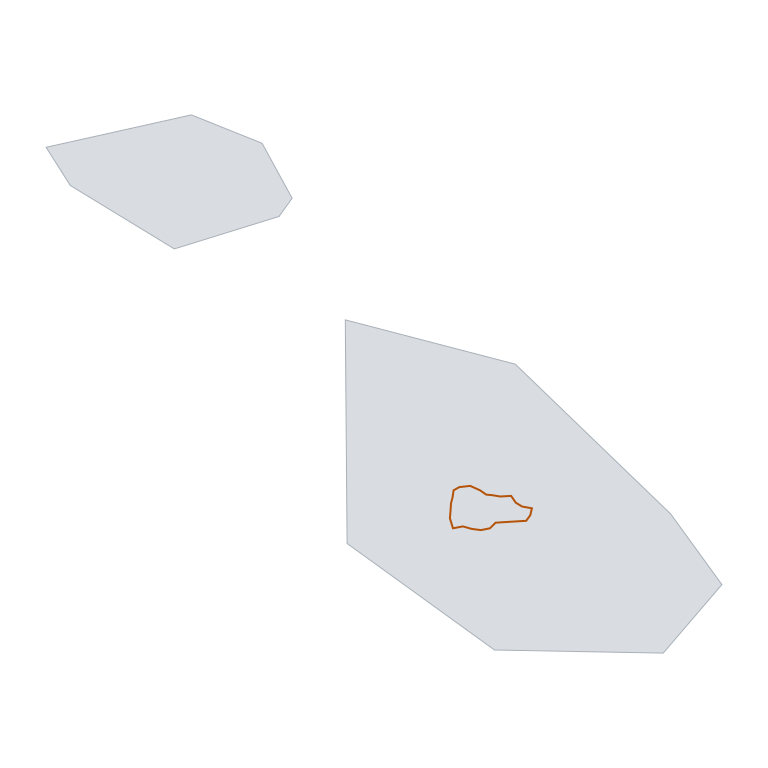 location of Attard within Malta
{"feature_id": "MLT-5920", "entity_name": "Attard", "entity_type": "state/province", "adm_level": 1, "iso_a3": "MLT", "parent_name": "Malta", "parent_adm1": "", "projection": "robinson", "projection_center": [14.431, 35.889], "detail": "fine", "context": "in_parent", "style": "outline", "palette": "amber", "viewbox_px": 768, "rotation_deg": 0, "n_neighbors": 0, "source": "natural_earth", "source_scale": "10m", "svg_char_len": 680}
<svg xmlns="http://www.w3.org/2000/svg" viewBox="0 0 768 768"><path d="M721.9,584.6L663.2,653.1L494.5,650.0L347.1,543.5L345.3,319.9L515.3,364.2L670.7,514.0L721.9,584.6ZM279.1,216.4L174.3,248.9L70.3,185.5L46.1,147.3L191.3,114.9L262.1,143.3L292.1,198.2L279.1,216.4Z" fill="#d9dde1" stroke="#a8b0b8" stroke-width="1"/><path d="M470.2,485.9L480.0,490.3L486.2,494.6L492.4,495.2L500.2,496.5L511.1,495.9L515.8,502.7L522.0,506.5L531.9,508.3L530.3,515.2L526.2,520.8L506.4,522.0L495.6,522.7L489.9,528.3L481.0,530.1L471.7,528.9L462.9,526.4L453.0,528.3L449.9,518.3L450.5,511.4L451.0,503.3L452.5,497.7L453.6,490.3L459.3,487.1L470.2,485.9Z" fill="none" stroke="#b45309" stroke-width="2"/></svg>